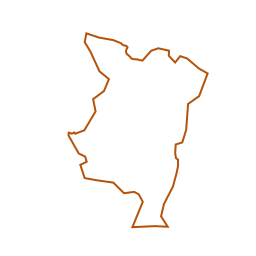 the district of Ix-Uul, Hövsgöl, Mongolia, rotated 25°
{"feature_id": "93677404B26219584096108", "entity_name": "Ix-Uul", "entity_type": "district", "adm_level": 2, "iso_a3": "MNG", "parent_name": "Mongolia", "parent_adm1": "Hövsgöl", "projection": "albers", "projection_center": [101.419, 49.506], "detail": "fine", "context": "isolated", "style": "outline", "palette": "amber", "viewbox_px": 256, "rotation_deg": 25, "n_neighbors": 0, "source": "geoboundaries", "source_scale": "gbopen_adm2", "svg_char_len": 1219}
<svg xmlns="http://www.w3.org/2000/svg" viewBox="0 0 256 256"><g transform="rotate(25 128 128)"><path d="M205.7,200.7L195.3,194.1L192.7,181.7L193.5,161.9L192.2,154.9L191.4,150.0L191.4,149.9L190.3,144.9L189.3,141.0L186.7,135.6L184.2,135.0L181.5,131.1L178.2,122.8L183.3,118.1L181.5,105.1L172.3,80.8L172.4,80.7L179.0,69.0L177.1,44.9L167.1,44.1L152.2,40.0L145.0,40.8L143.0,48.7L134.5,45.3L132.5,40.6L122.0,42.9L121.9,42.9L116.4,48.1L112.6,60.8L112.0,60.9L110.5,61.4L107.4,61.9L105.9,62.5L103.7,63.3L101.4,63.6L99.9,62.6L97.8,62.0L95.2,61.2L94.2,60.0L93.7,59.3L93.3,57.7L93.5,56.2L93.4,55.0L91.8,54.3L89.2,54.9L87.9,54.9L87.3,54.6L85.9,54.2L83.7,54.2L77.4,54.6L63.5,58.3L50.3,59.8L52.5,68.5L61.6,74.6L78.2,88.7L90.1,91.8L90.6,104.6L84.2,116.6L91.6,126.7L89.4,148.4L89.4,148.5L82.6,155.5L82.3,155.4L82.0,155.3L81.7,155.0L81.4,154.8L81.1,154.8L80.8,155.3L80.5,155.8L79.9,156.3L79.7,156.7L79.1,157.0L77.7,157.0L77.0,157.0L76.7,157.2L76.4,157.3L76.2,157.3L76.2,157.5L77.4,160.0L94.1,171.9L101.2,172.0L104.8,176.0L100.5,181.5L100.4,181.6L109.9,191.7L121.0,188.8L137.8,183.7L151.9,188.8L160.6,183.3L165.7,183.5L172.6,188.7L173.9,216.0L194.0,205.5L205.7,200.7L205.7,200.7Z" fill="none" stroke="#b45309" stroke-width="2"/></g></svg>